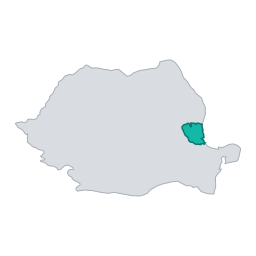 where Galati sits in Romania
{"feature_id": "ROU-315", "entity_name": "Galati", "entity_type": "County", "adm_level": 1, "iso_a3": "ROU", "parent_name": "Romania", "parent_adm1": "", "projection": "robinson", "projection_center": [27.834, 45.761], "detail": "fine", "context": "in_parent", "style": "filled", "palette": "teal", "viewbox_px": 256, "rotation_deg": 0, "n_neighbors": 0, "source": "natural_earth", "source_scale": "10m", "svg_char_len": 5014}
<svg xmlns="http://www.w3.org/2000/svg" viewBox="0 0 256 256"><path d="M204.9,143.0L207.4,146.0L210.6,147.7L218.0,149.4L218.7,149.2L218.8,148.9L218.3,148.4L218.2,147.8L218.5,147.1L219.6,147.1L221.2,147.7L224.4,146.8L229.1,144.4L233.4,143.9L237.3,145.3L239.3,147.0L240.6,148.6L240.3,150.6L240.0,151.8L239.0,156.9L238.3,158.8L237.2,161.0L225.0,163.5L225.8,162.3L225.5,160.1L225.0,158.5L226.1,157.0L223.3,156.5L222.2,157.3L221.2,158.7L222.1,162.0L220.7,163.8L220.2,164.8L220.2,167.1L219.4,168.2L219.2,169.3L221.2,169.0L220.3,171.1L216.7,175.0L215.4,177.4L215.7,186.7L214.1,192.3L214.0,193.9L210.1,194.0L208.9,193.8L205.2,193.0L201.1,191.5L198.7,188.6L197.1,186.6L193.6,187.5L192.9,187.3L192.0,186.3L189.3,185.6L186.1,185.6L178.7,181.8L177.9,181.2L172.2,181.8L163.5,183.7L156.9,186.0L150.1,190.1L147.3,193.2L144.1,194.8L139.5,196.0L131.4,195.6L122.9,194.0L113.8,192.3L108.9,193.3L102.3,192.6L92.3,190.6L84.8,190.0L77.4,191.1L76.2,190.2L76.0,189.2L76.3,187.8L77.3,186.6L79.1,185.7L80.1,184.8L80.2,183.9L78.2,182.4L74.2,180.4L72.5,179.1L72.1,178.8L72.1,177.6L71.2,176.7L69.6,176.1L68.4,174.9L67.6,173.2L67.8,171.6L69.1,170.0L70.7,169.4L72.7,169.6L73.5,169.1L73.2,168.1L71.3,166.7L67.9,165.1L64.3,166.0L60.7,169.4L58.1,170.0L56.5,167.7L53.7,166.3L49.7,165.8L47.2,164.9L46.3,163.6L44.6,162.6L40.7,161.5L40.7,160.4L41.3,160.2L42.7,160.1L44.6,159.9L44.9,159.3L44.9,158.7L43.5,158.0L42.0,157.6L41.3,157.1L40.8,156.6L40.7,156.0L41.2,155.7L41.7,155.6L42.3,155.3L42.7,154.1L43.6,153.0L44.1,152.7L44.1,151.9L43.6,151.2L42.8,150.6L41.6,150.2L37.9,149.2L36.1,147.7L34.9,147.6L33.1,146.8L31.2,145.5L29.6,143.7L27.8,142.5L27.4,142.0L27.3,141.5L27.7,141.0L27.7,140.5L27.3,138.7L27.7,136.7L27.6,135.0L27.7,134.2L27.3,133.9L27.0,134.2L26.5,134.5L26.1,134.6L24.8,133.3L23.2,130.6L22.0,129.7L19.8,128.5L18.0,127.5L16.7,125.3L15.4,123.6L16.3,122.8L21.8,121.8L24.2,122.8L25.4,122.5L26.5,121.7L27.1,121.0L27.3,120.4L27.8,119.5L29.7,119.1L34.5,119.6L36.5,118.4L37.2,117.8L37.7,116.4L38.2,115.2L40.0,114.6L40.0,113.6L39.8,112.4L40.9,109.9L41.5,108.8L42.5,108.4L43.7,107.6L45.8,106.0L45.4,104.5L45.8,103.5L48.0,100.8L49.7,98.3L49.7,97.1L50.0,96.0L51.5,94.8L53.0,93.2L55.1,88.3L55.9,87.4L57.2,86.5L58.2,85.6L58.4,82.3L59.3,81.4L61.1,80.4L62.9,78.7L64.3,76.7L65.4,75.8L66.9,75.5L68.4,74.7L70.2,74.5L71.9,74.8L72.9,74.6L74.6,73.7L78.8,70.0L79.4,69.3L80.3,68.8L83.6,67.5L84.5,66.3L85.7,65.2L87.1,65.2L91.9,68.0L97.1,67.9L98.0,68.0L98.3,68.0L99.0,68.3L105.8,69.6L106.9,69.5L107.2,69.4L109.9,70.5L112.4,70.4L114.7,69.6L117.2,69.3L119.4,69.8L121.1,71.4L125.4,74.8L126.7,76.1L128.7,75.9L130.9,75.2L133.2,73.0L140.2,70.4L145.5,69.7L150.7,68.7L156.6,68.0L158.4,65.8L159.3,64.4L160.0,61.7L163.2,61.0L166.3,60.4L167.4,60.1L169.6,60.0L171.3,60.2L174.0,61.5L175.9,63.2L176.6,64.5L178.2,66.3L179.9,68.9L181.7,72.4L182.1,74.2L182.8,76.1L184.2,78.4L186.8,80.9L187.2,81.4L188.4,83.2L190.7,87.2L192.6,88.8L194.3,90.5L195.1,92.3L196.4,93.9L199.2,96.0L201.5,97.9L203.4,103.4L204.7,105.9L205.5,107.9L205.1,111.8L205.6,113.5L204.6,116.5L202.7,122.7L202.2,127.6L202.5,130.2L202.6,131.9L203.1,133.0L203.6,135.2L203.7,137.2L203.0,137.7L202.0,138.2L201.6,138.6L202.5,139.5L203.7,141.1L204.9,143.0Z" fill="#d9dde1" stroke="#a8b0b8" stroke-width="1"/><path d="M202.4,123.9L202.2,124.4L202.0,124.5L202.0,124.8L202.1,125.0L201.8,126.0L201.8,126.3L201.9,126.8L202.5,128.2L202.5,128.6L202.7,128.9L202.8,129.2L202.8,129.4L202.7,129.6L202.6,129.9L202.7,130.1L202.9,130.5L203.0,130.6L202.9,130.7L202.6,130.9L202.5,131.1L202.5,131.9L202.9,132.8L203.3,133.5L203.5,133.8L203.8,136.8L203.7,137.2L203.9,137.6L203.5,137.8L202.7,137.8L202.4,137.9L202.0,138.1L201.6,138.4L201.3,138.8L202.7,139.4L203.2,139.8L203.6,140.4L203.7,140.6L203.8,140.6L203.8,141.7L204.0,142.0L204.6,142.7L204.9,143.0L205.0,143.0L204.6,143.4L204.5,143.6L204.5,143.8L204.4,144.0L204.2,144.1L203.9,144.1L203.3,143.8L202.8,143.7L202.6,143.7L202.4,143.7L201.3,144.0L201.1,144.0L200.9,144.1L200.6,144.6L199.1,144.4L198.5,144.3L198.0,144.2L196.4,144.3L195.6,144.1L194.2,143.5L193.4,142.9L193.0,142.4L192.8,142.2L192.5,142.1L192.0,142.2L191.2,142.3L189.8,141.7L189.2,141.1L189.0,140.8L188.5,139.8L188.5,139.5L188.5,139.3L188.4,138.9L188.3,138.3L188.1,137.9L187.8,137.5L187.3,137.1L187.2,136.8L187.0,136.6L186.9,136.5L186.7,136.3L186.0,136.0L185.8,135.8L185.2,135.1L185.0,134.8L184.9,134.4L184.7,134.0L182.2,128.5L182.0,127.7L182.0,127.0L182.1,126.7L182.3,126.4L182.5,126.2L182.8,125.9L183.4,125.2L183.9,124.8L184.4,124.6L185.0,124.5L185.9,124.5L186.2,124.4L186.6,124.0L186.9,123.8L187.2,123.5L187.4,123.4L188.7,123.3L189.6,124.3L189.8,124.8L190.1,125.7L190.4,126.4L190.6,126.7L190.8,126.9L191.0,126.8L191.2,126.6L191.2,126.0L191.4,125.2L191.4,124.9L191.3,124.7L191.2,124.4L190.7,123.6L190.7,123.4L190.7,123.2L191.1,123.0L195.2,123.4L195.5,123.6L195.7,124.0L195.8,124.2L195.9,124.4L196.2,124.4L196.4,124.2L196.5,124.1L196.8,123.6L196.9,123.4L197.2,123.2L197.6,123.1L197.9,123.1L199.7,123.6L200.6,124.0L201.2,124.1L201.5,124.1L202.3,124.0L202.4,123.9L202.4,123.9Z" fill="#14b8a6" stroke="#0f766e" stroke-width="1.5"/></svg>